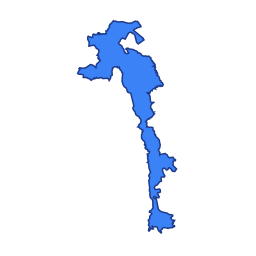 outline of Lolotla, Hidalgo, Mexico, rotated 173°
{"feature_id": "50627088B68203381384952", "entity_name": "Lolotla", "entity_type": "district", "adm_level": 2, "iso_a3": "MEX", "parent_name": "Mexico", "parent_adm1": "Hidalgo", "projection": "albers", "projection_center": [-98.729, 21.009], "detail": "fine", "context": "isolated", "style": "filled", "palette": "blue", "viewbox_px": 256, "rotation_deg": 173, "n_neighbors": 0, "source": "geoboundaries", "source_scale": "gbopen_adm2", "svg_char_len": 5877}
<svg xmlns="http://www.w3.org/2000/svg" viewBox="0 0 256 256"><g transform="rotate(173 128 128)"><path d="M158.7,179.8L157.0,180.9L155.6,180.9L155.4,181.7L155.0,181.1L154.1,181.1L153.3,182.0L152.7,181.3L151.1,181.0L148.6,181.4L146.9,180.1L142.3,179.9L141.8,179.5L140.9,177.4L139.3,179.4L138.8,181.5L137.2,182.4L137.0,186.3L136.0,188.8L136.1,189.5L135.4,189.5L134.6,190.2L133.4,190.5L131.9,189.8L131.1,190.2L130.5,188.8L129.2,189.5L128.9,187.2L127.5,185.1L127.3,183.7L126.6,183.2L128.2,175.4L127.7,171.8L126.6,169.3L125.4,168.4L124.6,167.0L124.1,163.8L121.0,162.0L119.5,149.5L120.8,147.1L120.3,145.2L119.0,142.9L118.6,140.4L117.2,138.8L115.9,138.2L115.4,136.5L114.4,135.2L114.1,134.0L114.4,133.3L114.4,132.4L115.2,131.0L116.5,130.2L117.2,129.3L117.4,128.3L118.1,127.9L116.8,127.3L116.4,126.3L114.6,124.9L114.6,124.5L113.7,124.3L113.4,123.4L113.6,122.8L114.6,122.3L114.3,121.5L115.4,119.5L115.8,116.4L115.4,115.3L114.3,113.5L113.4,112.9L112.8,109.8L113.3,110.1L113.6,109.6L113.0,109.4L113.2,109.1L112.7,108.6L113.2,108.4L112.7,107.6L112.8,106.7L113.4,106.5L113.2,105.3L112.3,105.2L112.2,104.7L111.0,104.2L111.3,103.4L111.2,102.8L109.5,102.0L109.6,101.3L110.5,100.3L112.1,99.7L111.3,98.2L112.0,97.9L111.8,97.4L112.3,95.8L111.9,94.8L112.2,94.4L112.0,92.8L111.7,92.6L112.8,91.6L112.3,91.5L111.8,88.3L112.1,85.8L111.0,81.5L113.3,78.1L112.7,76.6L112.6,75.4L113.8,73.2L113.8,65.2L114.2,64.6L114.4,62.9L113.9,61.7L114.5,58.9L114.4,57.0L114.0,55.7L112.9,54.7L112.3,52.6L112.6,48.7L112.9,48.1L112.6,46.2L114.3,44.1L115.3,43.2L116.5,43.1L117.1,42.0L116.9,41.7L115.4,41.2L114.8,40.1L117.2,37.7L117.4,35.5L119.1,34.1L119.1,33.3L118.4,32.1L119.5,29.0L118.5,27.1L119.6,25.5L120.2,23.6L119.9,23.2L119.4,23.2L117.5,25.5L116.2,24.7L115.1,24.8L116.1,26.6L115.8,27.6L114.2,26.7L111.6,26.4L111.0,25.7L110.3,22.5L108.0,19.8L107.6,19.9L107.5,20.7L108.4,21.8L108.0,21.9L107.1,23.2L106.4,23.4L106.2,24.1L105.1,24.8L102.2,24.3L100.5,23.4L99.0,23.9L97.7,23.7L96.5,24.0L96.3,23.7L94.9,24.1L93.7,24.7L93.8,25.2L93.9,25.5L94.9,25.4L95.5,26.4L95.6,27.1L95.2,27.4L95.5,27.6L95.1,27.8L95.0,28.4L94.5,28.5L94.5,29.1L94.1,29.4L94.5,29.8L93.7,30.3L93.3,30.1L93.0,30.6L94.0,30.6L94.2,31.0L94.9,30.7L96.1,32.4L96.5,33.8L94.5,34.9L94.2,36.0L95.8,36.8L97.4,36.9L99.5,38.7L104.6,40.6L106.5,42.0L107.6,43.5L107.9,45.0L108.5,53.7L108.9,54.5L110.7,54.9L111.1,56.1L110.6,56.8L110.0,57.0L108.4,55.5L105.9,55.0L105.4,56.0L106.8,59.5L106.4,60.1L104.5,60.1L103.6,60.6L103.6,62.8L104.2,63.6L107.2,63.5L108.7,63.9L109.0,64.6L109.1,65.9L108.0,67.3L105.8,68.0L103.2,70.7L101.3,71.2L101.3,74.2L100.8,75.2L99.5,75.3L98.2,74.8L97.5,75.4L97.3,76.3L98.1,77.7L98.8,80.6L98.9,82.1L98.5,83.3L97.2,83.8L96.3,83.5L95.2,81.9L94.6,81.6L93.6,81.8L92.5,83.5L91.8,83.6L90.0,81.6L89.2,79.7L86.9,79.1L84.8,81.4L88.0,85.5L87.5,87.0L87.4,89.3L86.8,89.8L85.2,89.7L84.7,90.5L85.0,91.0L86.4,91.7L86.4,92.5L87.0,93.5L90.5,93.5L91.5,94.2L92.5,96.6L94.3,98.2L99.0,97.8L99.7,97.3L99.8,98.8L99.3,99.5L100.0,100.9L100.4,102.7L100.3,103.2L99.8,103.2L98.8,104.7L98.0,107.7L98.4,109.2L98.4,112.2L100.0,114.6L101.3,115.9L101.6,118.0L102.3,118.0L102.3,121.6L102.5,122.2L103.4,122.8L103.3,125.4L105.2,126.0L106.7,126.0L108.6,126.9L109.2,126.7L108.9,128.2L109.1,129.8L108.6,130.7L108.7,131.4L109.7,132.2L107.3,134.3L105.8,134.4L106.0,134.9L105.3,135.4L104.0,135.3L103.1,135.9L100.0,138.9L100.8,139.4L100.8,140.2L100.4,140.5L100.9,140.5L101.6,141.5L101.7,142.6L102.4,143.2L102.1,143.4L102.3,144.3L103.1,145.4L102.9,146.8L102.2,148.1L100.9,149.5L99.3,150.2L99.6,150.5L101.7,150.2L102.4,151.5L102.3,156.9L103.0,158.8L104.6,160.6L102.9,160.6L102.1,160.0L101.2,161.8L100.1,162.3L99.5,162.0L99.2,163.1L98.1,163.8L96.8,164.0L95.9,163.4L96.1,164.8L94.3,165.0L94.9,165.6L94.7,166.0L93.3,165.7L92.4,166.1L91.2,165.4L90.8,166.4L89.8,165.4L88.7,165.3L87.8,166.5L88.3,168.7L89.4,169.3L89.6,170.9L90.7,171.8L90.7,173.5L91.4,175.8L93.0,176.7L92.1,177.5L92.0,178.8L92.3,179.4L93.4,179.1L93.7,179.4L93.4,180.3L92.7,180.9L92.9,181.4L94.0,181.6L94.2,182.0L93.7,182.5L94.2,183.5L93.8,184.0L94.1,184.8L93.4,184.9L93.6,185.6L95.2,186.3L93.5,186.6L93.4,187.5L94.0,188.1L93.9,188.9L94.9,189.3L94.7,190.2L95.8,190.7L95.7,191.9L96.5,192.2L96.9,195.2L97.3,195.2L98.7,196.9L100.6,196.6L101.6,197.4L103.7,197.4L105.5,198.4L106.1,199.9L107.6,201.2L109.2,201.2L109.3,202.6L110.2,203.3L113.7,205.4L117.5,206.4L118.3,207.3L119.9,207.2L120.5,206.7L119.6,206.0L119.0,203.7L118.2,202.8L118.4,202.1L119.8,201.9L121.6,202.5L121.6,203.6L122.4,204.1L122.6,206.6L123.6,208.2L124.1,210.1L127.1,213.0L126.7,214.0L125.3,215.1L124.8,216.4L122.6,218.0L120.0,216.5L115.8,222.3L114.1,222.8L113.4,222.7L112.6,221.8L111.8,221.8L111.4,220.8L110.6,220.6L110.0,220.0L109.0,211.9L107.5,210.2L101.4,213.5L102.2,214.6L101.9,215.1L110.6,224.3L109.2,225.5L108.3,225.5L107.0,226.2L102.8,227.0L102.9,228.0L103.7,229.4L104.4,230.1L104.5,231.1L105.4,232.1L105.5,232.6L106.5,232.6L107.7,233.2L111.6,231.8L115.1,231.9L120.5,234.2L125.3,234.5L127.3,235.6L128.8,235.7L129.4,236.2L131.0,234.6L132.0,234.1L132.5,233.3L133.4,233.0L133.4,232.4L134.3,231.6L134.0,230.5L136.3,228.1L136.3,227.3L136.8,227.0L138.1,227.0L138.1,224.1L142.0,224.6L142.3,224.2L144.3,225.2L144.9,224.7L144.8,224.2L145.5,224.2L145.6,225.0L145.2,226.1L145.8,226.2L146.4,225.9L146.8,224.9L147.8,224.6L148.4,224.8L148.9,224.4L150.5,225.4L151.4,225.1L152.2,222.3L152.6,222.1L156.3,223.9L156.7,223.6L157.2,221.1L156.1,217.7L156.8,214.0L152.0,214.4L151.1,214.1L150.8,213.0L150.2,212.4L149.7,210.8L147.9,209.7L147.5,208.3L147.7,206.5L149.8,204.0L148.7,203.8L148.5,202.8L149.1,201.9L148.5,201.7L148.4,201.1L149.2,200.4L148.7,199.9L148.3,200.1L147.6,199.3L148.0,198.8L147.5,198.0L151.5,195.1L152.5,191.8L154.7,194.3L157.4,195.6L162.7,192.9L165.7,192.8L168.6,193.7L169.5,192.7L168.6,191.9L170.3,190.1L171.3,188.3L170.7,187.6L166.3,186.5L165.7,185.8L166.3,183.7L162.3,182.9L161.7,182.1L160.5,181.8L158.7,179.8Z" fill="#3b82f6" stroke="#1e3a8a" stroke-width="1.5"/></g></svg>